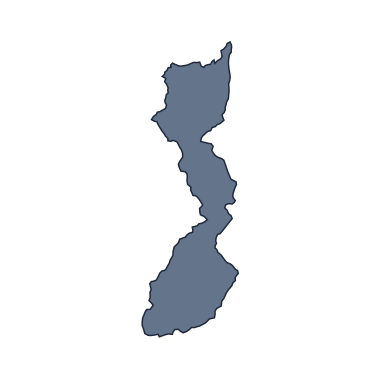 Porciúncula, Rio de Janeiro, Brazil (Albers equal-area conic projection), rotated 313°
{"feature_id": "56859067B7663299308815", "entity_name": "Porciúncula", "entity_type": "district", "adm_level": 2, "iso_a3": "BRA", "parent_name": "Brazil", "parent_adm1": "Rio de Janeiro", "projection": "albers", "projection_center": [-41.956, -20.896], "detail": "fine", "context": "isolated", "style": "filled", "palette": "slate", "viewbox_px": 384, "rotation_deg": 313, "n_neighbors": 0, "source": "geoboundaries", "source_scale": "gbopen_adm2", "svg_char_len": 3408}
<svg xmlns="http://www.w3.org/2000/svg" viewBox="0 0 384 384"><g transform="rotate(313 192 192)"><path d="M105.9,291.2L108.7,291.3L110.9,291.2L113.0,292.6L115.3,294.2L118.3,292.3L120.4,290.2L123.5,289.5L126.3,290.3L128.5,291.1L130.5,289.7L132.6,288.1L135.4,288.0L138.5,287.0L141.7,285.9L145.2,285.3L148.6,285.2L150.9,285.0L153.6,283.8L156.8,284.1L158.8,282.0L161.2,281.5L164.0,281.4L165.6,279.0L165.1,276.6L165.5,273.9L165.8,271.5L165.5,269.1L164.2,265.6L164.5,262.3L165.0,260.1L165.7,256.4L165.5,252.2L166.8,249.3L166.8,247.0L168.6,245.5L171.1,245.0L172.3,242.8L174.9,240.9L178.5,239.6L180.7,241.0L200.0,239.5L201.3,236.7L201.1,233.5L202.6,230.2L202.7,226.7L205.4,225.4L208.5,226.6L210.6,229.6L213.1,230.0L215.3,229.5L215.6,227.1L216.5,224.9L218.6,223.3L221.3,221.9L224.9,220.3L227.7,219.5L229.5,217.2L228.5,214.1L227.9,211.7L231.1,204.6L235.8,195.8L236.9,193.7L236.7,191.0L235.0,187.1L234.5,183.8L235.0,181.2L236.0,178.0L239.8,176.3L240.3,172.9L238.5,170.5L237.2,167.9L235.9,165.7L234.8,163.9L237.7,162.1L240.2,161.6L242.8,161.8L245.6,161.9L247.9,162.7L249.7,163.8L252.9,162.7L255.5,164.4L258.6,164.5L260.7,165.7L263.4,166.1L266.3,166.4L267.5,163.7L268.9,161.3L272.2,161.3L274.8,160.3L276.5,158.6L279.0,157.4L281.5,155.9L284.9,155.0L287.9,152.7L291.1,150.2L293.6,147.7L296.1,145.1L299.1,143.6L301.9,141.7L304.2,139.1L306.6,135.8L309.1,132.9L311.0,130.8L313.4,128.8L315.8,127.1L318.5,125.5L320.9,125.4L323.0,123.5L325.1,122.1L326.5,120.3L327.7,117.5L324.6,116.4L321.8,117.6L318.1,117.7L315.2,116.8L313.3,119.2L311.5,121.7L309.0,122.2L305.5,121.1L301.6,121.1L303.6,118.0L301.0,117.7L298.1,118.5L295.8,116.7L293.7,115.5L291.1,115.5L290.3,113.0L292.2,109.1L290.0,107.3L287.8,104.7L285.0,103.5L282.6,102.5L280.6,101.3L278.2,99.4L276.3,98.0L275.2,96.2L273.8,92.6L273.0,89.9L270.2,89.8L268.8,91.7L266.8,89.8L263.7,90.8L261.2,90.4L259.2,91.7L256.2,91.4L257.2,95.3L254.1,96.7L253.4,100.2L251.9,103.5L250.0,104.8L248.2,107.0L245.6,106.8L243.3,108.4L240.6,109.5L239.1,111.4L238.1,114.2L234.9,115.7L231.3,114.4L229.1,113.8L226.7,112.2L224.2,113.0L221.0,112.3L217.3,113.0L218.0,115.8L219.4,118.5L218.4,120.7L217.7,122.9L216.8,126.1L216.0,129.1L215.7,131.7L214.8,134.5L214.7,137.8L213.0,139.5L214.8,142.1L216.8,142.9L218.5,146.8L217.1,150.7L216.2,153.0L215.6,155.4L214.1,158.4L211.3,161.3L208.2,161.9L206.1,162.1L203.0,163.1L200.9,166.7L199.7,169.7L202.2,173.3L201.8,176.1L200.0,178.1L196.8,180.7L194.5,183.7L194.9,187.6L192.5,189.7L191.1,193.0L190.1,195.0L191.8,197.3L191.9,199.7L191.4,202.6L190.5,206.3L189.8,208.6L187.7,208.9L185.3,208.7L182.9,211.1L181.1,213.7L182.3,217.2L182.2,222.1L179.1,221.6L176.0,220.6L173.4,218.7L170.8,218.9L166.5,216.1L164.9,218.4L162.9,219.9L160.0,218.1L156.8,217.6L154.5,218.0L152.3,216.8L149.0,215.2L145.6,216.8L139.8,216.4L135.4,218.9L132.6,221.3L129.8,222.0L127.5,222.4L124.3,224.0L121.2,224.6L118.4,225.5L116.1,225.5L113.5,223.8L110.5,223.8L108.3,224.6L106.0,225.3L103.3,226.0L100.8,224.9L98.8,223.4L96.2,223.6L94.8,225.7L92.9,228.6L90.0,229.7L86.3,233.4L83.2,234.7L83.2,237.4L82.7,240.8L77.8,241.5L74.9,238.9L72.8,239.4L66.1,241.9L62.5,244.6L60.4,246.7L59.4,248.7L57.9,251.5L56.3,254.0L57.2,257.5L58.9,259.7L62.1,262.3L64.8,264.2L63.8,266.9L69.3,269.7L72.1,271.5L74.5,274.7L76.7,273.5L79.8,273.3L82.2,275.6L82.3,278.9L83.0,281.6L86.4,283.2L89.9,283.9L92.5,284.0L94.5,286.2L97.0,287.6L99.2,289.0L102.1,290.0L105.9,291.2Z" fill="#64748b" stroke="#1e293b" stroke-width="1.5"/></g></svg>